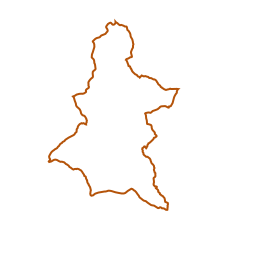 the district of Guayabetal, Cundinamarca, Colombia, rotated 130°
{"feature_id": "7082276B39742975331466", "entity_name": "Guayabetal", "entity_type": "district", "adm_level": 2, "iso_a3": "COL", "parent_name": "Colombia", "parent_adm1": "Cundinamarca", "projection": "mercator", "projection_center": [-73.849, 4.248], "detail": "fine", "context": "isolated", "style": "outline", "palette": "amber", "viewbox_px": 256, "rotation_deg": 130, "n_neighbors": 0, "source": "geoboundaries", "source_scale": "gbopen_adm2", "svg_char_len": 5868}
<svg xmlns="http://www.w3.org/2000/svg" viewBox="0 0 256 256"><g transform="rotate(130 128 128)"><path d="M187.7,101.5L186.9,100.1L185.3,96.3L183.9,93.7L182.3,90.9L180.8,89.1L179.5,88.3L176.3,87.7L172.4,86.4L171.9,85.3L171.9,83.1L171.7,82.3L171.9,80.5L172.7,77.6L172.9,76.3L173.6,74.9L173.7,73.8L173.6,72.4L173.6,70.7L173.5,69.3L172.6,67.3L172.6,65.0L172.2,60.9L171.9,60.2L170.7,58.1L170.1,53.6L169.5,52.9L168.3,52.6L167.9,52.2L167.6,51.1L167.7,50.4L167.4,50.0L166.8,49.2L166.5,48.6L166.2,46.2L165.4,45.3L164.6,45.7L163.9,46.4L162.8,46.9L162.3,47.7L161.6,48.0L161.3,48.0L160.6,48.5L159.9,49.2L159.9,49.6L160.2,50.5L160.6,52.1L158.7,54.3L158.1,55.4L158.1,56.4L157.8,57.4L158.0,58.5L158.2,59.1L158.0,60.0L158.2,60.9L158.0,61.2L157.6,61.5L157.4,61.9L157.5,62.4L157.5,63.6L157.2,64.1L156.8,64.2L156.2,65.2L156.1,67.2L156.2,67.7L154.8,67.9L154.5,68.2L154.6,68.7L155.2,69.2L155.5,69.9L155.2,70.4L155.2,70.8L155.3,71.3L155.1,71.7L154.5,72.4L153.0,73.1L152.9,73.3L152.2,73.8L150.4,75.8L150.0,76.1L149.5,76.2L148.3,75.9L147.1,76.1L146.4,76.9L145.3,77.7L145.0,78.0L144.9,78.3L145.0,78.9L144.3,79.8L143.7,80.9L143.1,81.5L141.6,82.0L141.3,82.8L140.4,83.7L139.9,85.4L139.9,86.8L139.7,87.5L139.5,88.0L139.0,88.6L138.4,89.8L137.8,90.5L137.4,91.7L137.5,94.5L138.4,95.6L138.3,96.9L138.4,97.9L138.2,99.2L137.8,99.6L137.3,100.0L136.8,101.5L135.7,102.2L135.2,103.4L134.2,104.0L133.5,103.7L132.8,103.7L132.3,103.6L131.8,103.7L131.3,103.3L131.8,101.1L131.3,101.1L130.5,101.4L129.7,101.4L128.7,102.1L127.2,102.2L126.7,102.5L125.6,102.0L122.9,101.6L121.3,101.5L120.9,101.4L120.1,101.4L119.4,101.7L118.8,101.8L118.1,101.3L117.3,101.0L116.2,100.8L115.8,100.9L115.5,101.4L115.3,103.6L114.4,104.4L114.2,104.7L113.7,108.1L113.4,108.8L112.5,110.1L111.8,110.7L111.4,111.2L111.0,112.0L111.0,112.5L111.4,113.6L111.9,114.8L112.5,115.7L112.5,116.1L110.1,118.5L108.9,120.3L106.8,122.4L105.8,124.2L105.3,124.1L103.5,122.8L102.7,122.0L101.9,120.5L100.9,120.2L99.7,120.1L99.1,120.0L96.8,118.6L94.4,117.3L93.7,117.3L92.3,116.9L91.4,117.0L90.3,116.6L89.6,116.0L87.4,113.7L86.9,112.3L86.6,110.6L86.3,110.0L86.1,109.9L85.4,110.3L85.1,110.4L84.4,109.7L83.7,109.3L80.2,109.9L75.1,112.3L74.0,112.7L71.5,113.2L69.9,113.2L69.4,113.4L68.8,114.0L68.3,114.2L66.6,114.7L65.9,114.6L66.7,115.8L69.8,119.3L70.6,120.3L70.8,121.0L72.2,121.7L72.8,122.3L74.1,123.1L74.5,123.5L75.1,125.4L75.1,126.5L75.4,127.3L75.2,128.3L75.5,129.3L74.9,130.6L75.0,132.5L74.8,133.5L74.3,134.4L74.2,135.2L73.8,136.0L73.5,137.8L73.8,139.0L74.4,139.7L74.9,142.3L75.7,143.4L76.0,143.9L76.0,144.4L75.9,145.0L75.9,145.4L76.4,146.3L77.1,148.1L78.0,148.8L78.4,149.3L79.0,151.3L81.8,151.4L81.6,152.3L82.0,153.2L82.1,153.8L81.7,155.4L82.2,157.0L82.0,160.5L81.8,160.8L81.7,161.7L81.2,162.2L81.1,163.0L80.9,163.4L80.5,163.7L80.4,164.8L79.6,165.9L79.7,166.5L80.1,167.2L80.1,167.7L79.4,168.3L78.6,169.9L78.2,170.5L77.0,172.9L77.1,173.4L76.4,173.5L75.7,173.2L74.5,172.4L72.5,171.8L71.4,170.9L71.2,170.8L70.9,170.8L70.4,171.3L68.8,173.6L68.1,174.4L67.5,174.7L64.8,175.6L63.2,175.9L61.4,177.3L60.3,177.7L59.7,178.8L58.9,179.6L57.4,181.6L56.5,184.1L56.1,184.9L54.7,186.4L54.0,187.6L53.3,189.7L53.2,190.3L53.3,191.3L53.1,191.7L51.5,193.7L51.3,194.3L51.4,194.6L52.3,195.7L52.4,196.0L52.4,196.9L53.3,199.3L53.6,199.7L54.2,200.0L54.5,200.4L54.6,201.3L54.5,203.6L54.8,205.3L54.7,205.8L55.0,205.5L55.8,205.1L56.4,205.0L57.5,205.1L58.0,205.4L58.5,205.8L58.6,206.1L58.7,206.5L58.4,208.4L58.6,209.1L59.0,209.4L59.6,209.7L61.3,210.2L63.8,210.0L64.7,209.7L65.1,209.0L65.4,207.9L65.8,207.0L66.5,206.1L67.3,205.8L68.7,205.9L70.3,205.8L71.0,206.1L74.3,207.9L75.1,208.0L76.5,208.0L77.1,208.3L79.4,209.9L81.1,210.4L84.2,210.7L84.5,210.4L84.8,209.0L85.3,208.1L85.9,207.3L87.1,206.3L87.4,205.9L92.8,203.6L94.8,202.9L97.2,201.2L97.3,200.9L97.5,198.5L97.8,197.8L98.4,197.0L99.9,195.5L100.3,194.5L101.1,193.5L103.6,190.8L104.3,190.7L105.2,190.8L106.5,191.1L107.7,191.0L109.2,189.9L109.7,189.3L110.9,188.1L111.7,187.7L112.0,187.6L113.8,188.0L115.6,188.1L117.8,187.9L118.9,187.4L119.8,186.4L120.6,185.9L121.1,185.3L121.4,184.6L121.9,184.2L122.3,184.0L122.8,184.0L124.9,184.6L125.9,184.6L126.2,184.5L127.2,183.4L127.7,183.3L129.9,184.0L130.3,184.3L130.9,184.7L131.8,185.9L133.2,187.3L135.5,188.9L137.3,189.4L139.2,190.4L139.3,189.7L139.4,189.1L141.4,186.2L142.3,184.5L143.0,183.4L143.7,182.7L144.0,182.3L144.5,181.2L144.6,179.9L144.6,178.1L144.8,176.8L145.6,175.1L146.9,173.4L147.3,172.2L147.4,171.2L147.3,170.6L146.9,169.9L146.8,168.4L147.7,165.9L148.0,165.7L148.7,164.3L149.6,163.9L150.1,163.4L151.6,163.0L152.2,162.4L152.5,163.0L152.8,164.9L152.9,165.2L153.7,165.7L154.0,166.0L154.1,166.6L155.5,167.3L156.3,167.5L158.2,167.5L159.2,167.3L160.4,166.6L161.8,166.5L162.4,166.2L162.7,165.9L163.5,165.3L164.3,164.9L165.5,165.2L167.4,164.9L168.6,165.2L173.6,167.3L177.3,168.4L178.9,168.3L180.5,169.0L180.9,169.1L182.0,169.0L183.5,169.6L184.5,169.6L185.4,169.4L186.0,169.3L187.3,169.6L188.8,169.4L189.6,169.6L191.3,170.3L192.6,170.5L193.9,170.9L195.4,171.1L196.8,171.0L199.8,170.4L200.3,170.2L200.8,169.9L201.4,169.0L201.7,168.6L201.9,167.7L202.1,167.4L202.9,167.2L204.5,167.2L204.7,166.5L203.0,165.3L200.7,164.5L199.8,164.1L198.9,163.3L198.3,162.2L198.0,161.3L197.9,160.1L197.3,158.0L196.3,157.0L195.3,154.7L195.5,152.4L195.1,151.1L195.2,150.6L195.0,149.7L195.0,149.2L195.4,148.2L195.5,147.6L195.2,146.7L195.2,144.8L195.0,143.4L194.8,143.0L193.9,142.7L193.0,141.8L192.6,141.1L192.1,140.9L191.6,140.3L191.1,139.1L191.0,138.1L190.7,136.8L191.0,135.1L191.6,133.4L191.8,132.5L192.1,131.6L192.8,130.7L192.5,129.8L192.5,129.2L192.7,128.7L193.3,128.2L193.8,127.4L194.3,125.9L194.6,125.7L194.7,125.3L195.4,124.7L196.0,123.6L196.3,122.8L196.4,121.9L196.8,121.6L197.7,119.0L199.6,116.4L200.3,116.1L202.7,114.6L203.5,113.3L203.3,112.4L201.9,111.4L200.4,111.2L199.3,110.9L196.4,109.1L191.8,105.2L191.0,104.3L189.9,103.5L188.7,102.8L187.7,101.5Z" fill="none" stroke="#b45309" stroke-width="2"/></g></svg>